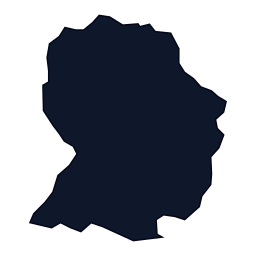 Iksan-si, North Jeolla, South Korea (orthographic projection)
{"feature_id": "91817680B56582975498752", "entity_name": "Iksan-si", "entity_type": "district", "adm_level": 2, "iso_a3": "KOR", "parent_name": "South Korea", "parent_adm1": "North Jeolla", "projection": "orthographic", "projection_center": [126.986, 36.019], "detail": "fine", "context": "isolated", "style": "filled", "palette": "ink", "viewbox_px": 256, "rotation_deg": 0, "n_neighbors": 0, "source": "geoboundaries", "source_scale": "gbopen_adm2", "svg_char_len": 866}
<svg xmlns="http://www.w3.org/2000/svg" viewBox="0 0 256 256"><path d="M138.1,23.9L122.7,25.1L116.2,21.1L109.7,17.0L99.2,15.4L92.6,22.7L83.7,30.0L75.6,30.0L65.0,27.5L59.3,36.5L49.5,43.8L47.1,57.6L48.7,70.6L48.7,82.0L43.0,85.2L43.0,87.7L43.5,110.6L53.4,125.8L59.3,133.5L64.4,141.2L73.3,146.3L77.1,153.9L69.5,165.4L58.0,175.5L52.9,192.1L45.2,202.2L33.8,213.7L30.7,220.8L29.9,222.6L51.6,227.7L60.5,222.6L70.7,227.7L80.9,231.6L91.1,222.7L102.5,226.5L133.4,240.6L162.1,237.1L157.0,234.3L156.1,219.7L163.5,214.8L174.9,216.4L184.7,219.6L192.0,213.1L199.3,206.6L201.8,196.0L210.7,184.6L211.5,174.0L210.7,156.9L218.8,147.9L223.7,134.9L217.2,128.4L215.5,119.4L223.6,112.1L226.1,101.5L217.9,96.6L211.4,90.9L200.8,86.9L193.5,78.7L184.5,72.3L178.8,63.3L178.8,48.7L170.7,33.2L155.2,31.6L149.5,24.3L139.8,26.7L138.1,23.9Z" fill="#0f172a" stroke="#020617" stroke-width="1.5"/></svg>